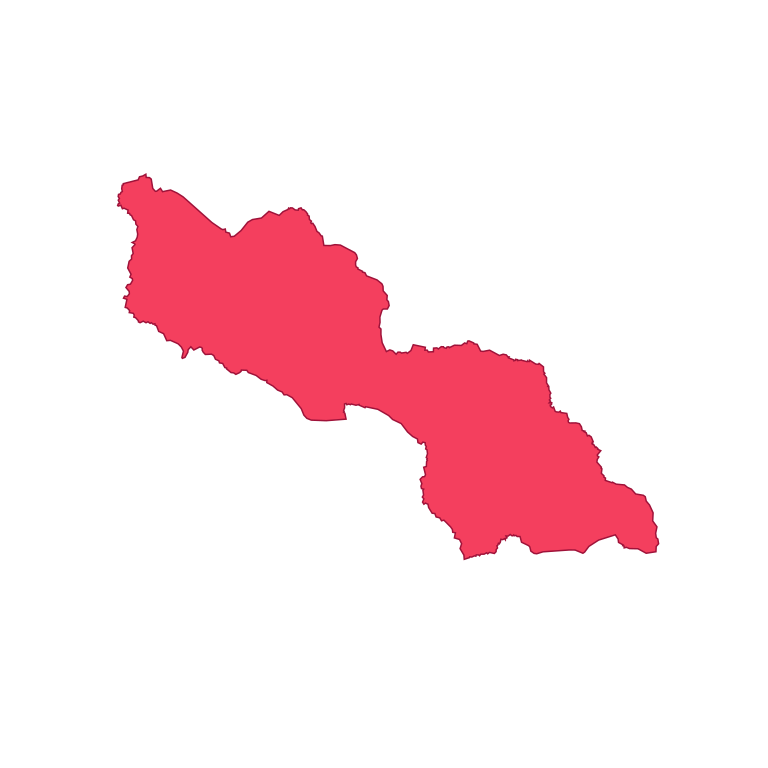 outline of Si Samrong, Sukhothai, Thailand, rotated 197°
{"feature_id": "78962969B21904854514402", "entity_name": "Si Samrong", "entity_type": "district", "adm_level": 2, "iso_a3": "THA", "parent_name": "Thailand", "parent_adm1": "Sukhothai", "projection": "albers", "projection_center": [99.692, 17.177], "detail": "fine", "context": "isolated", "style": "filled", "palette": "rose", "viewbox_px": 768, "rotation_deg": 197, "n_neighbors": 0, "source": "geoboundaries", "source_scale": "gbopen_adm2", "svg_char_len": 6158}
<svg xmlns="http://www.w3.org/2000/svg" viewBox="0 0 768 768"><g transform="rotate(197 384 384)"><path d="M275.5,447.6L278.8,447.3L282.0,445.0L292.9,447.2L298.8,444.1L301.2,443.7L306.5,449.2L309.8,448.7L310.2,449.5L315.3,450.1L316.5,449.5L316.6,446.8L318.9,446.8L321.3,443.5L328.0,441.7L332.1,437.9L332.9,438.5L334.6,437.8L335.0,436.3L337.3,436.3L338.0,437.0L340.2,436.4L342.3,433.4L344.0,434.0L347.1,432.8L346.2,429.3L351.0,427.6L352.5,429.0L354.8,428.3L355.2,431.2L367.5,430.1L368.0,423.9L370.7,420.1L372.1,420.8L376.3,418.7L377.8,419.2L380.0,418.5L381.1,416.0L385.3,418.2L388.4,418.3L391.2,415.7L397.8,422.9L401.4,430.4L403.0,435.7L405.4,436.9L405.8,441.7L407.5,446.8L407.5,454.1L406.6,455.5L402.7,456.7L402.0,460.5L403.9,464.1L405.9,465.4L406.8,469.6L412.0,472.8L413.5,477.1L415.2,479.1L421.1,481.5L432.3,482.3L434.8,484.9L437.2,484.7L437.5,485.5L442.6,486.3L442.8,487.4L444.8,487.9L445.9,489.4L446.9,492.6L446.1,496.2L448.1,499.4L450.3,501.0L466.3,504.1L471.7,502.9L475.7,500.7L482.0,498.9L486.2,507.4L487.4,507.3L490.4,509.6L492.7,510.3L496.0,514.4L499.1,516.9L500.3,516.2L501.2,516.8L501.0,518.5L503.4,519.5L504.7,522.7L506.6,523.2L506.7,524.2L509.1,526.0L511.7,527.2L513.0,526.7L514.8,528.2L517.0,526.7L516.9,525.1L519.9,524.5L523.0,525.6L525.0,525.1L525.5,524.0L526.6,524.4L526.9,522.8L530.9,519.3L533.5,514.6L544.5,515.5L549.7,506.9L557.9,502.8L561.6,498.9L565.5,489.0L570.4,481.5L573.6,480.0L575.9,483.1L579.7,483.0L581.1,485.8L583.3,484.5L585.1,484.7L595.8,488.1L630.8,504.2L637.6,506.1L644.8,507.1L652.0,503.2L655.0,505.8L657.8,501.9L659.0,501.4L662.3,503.4L666.5,511.9L668.6,512.8L671.8,512.0L673.1,515.0L675.5,512.4L678.4,510.7L678.8,507.3L691.9,499.4L691.5,498.4L692.5,497.5L691.9,494.0L690.5,491.6L691.6,490.3L691.7,488.7L693.3,487.7L693.0,485.5L691.3,484.1L691.9,482.1L689.7,479.7L690.8,478.6L690.9,476.8L690.1,476.5L687.9,478.0L685.4,475.1L684.0,476.1L679.6,475.5L679.1,472.4L677.2,472.7L676.2,471.5L674.7,471.3L671.5,467.8L669.3,467.4L668.0,464.3L665.4,462.7L665.5,459.4L663.4,455.4L662.9,452.2L663.5,448.3L666.2,445.7L663.4,445.2L662.9,444.5L664.8,440.7L662.0,435.4L663.0,432.8L661.9,429.7L663.6,426.8L663.0,420.0L658.0,415.0L658.3,411.9L655.5,411.2L654.7,409.5L655.7,405.3L658.2,404.0L659.0,400.8L654.7,398.0L653.9,395.8L655.1,392.6L657.8,392.2L658.2,389.9L654.6,389.8L653.9,381.6L651.7,381.6L648.7,379.8L648.5,377.8L644.5,378.3L643.1,377.1L642.8,374.8L641.0,374.8L637.4,372.7L637.0,371.6L635.2,371.3L632.6,373.7L629.5,373.0L627.9,374.5L625.4,373.6L624.4,374.6L622.3,373.7L620.7,374.6L620.1,373.3L618.6,373.3L614.8,368.4L609.5,367.7L604.4,361.9L601.0,363.3L595.2,362.6L592.5,362.2L588.6,360.1L585.4,356.8L585.0,350.2L584.3,349.6L582.1,351.3L580.9,356.9L581.3,359.6L579.6,363.1L575.8,360.9L571.1,365.5L569.6,365.6L568.2,365.0L567.8,363.2L566.1,361.5L563.5,360.0L557.7,362.1L555.1,361.4L552.4,358.4L548.7,357.9L547.5,356.1L544.3,356.5L541.0,353.2L539.1,353.2L538.9,352.4L533.6,350.2L531.1,350.7L528.5,349.9L525.6,352.5L524.4,354.3L524.5,355.6L519.2,357.0L517.1,355.3L508.8,354.8L502.9,352.6L498.6,352.5L497.1,353.3L496.5,351.1L489.6,349.6L484.0,347.1L479.1,346.6L476.4,344.4L473.8,345.4L467.7,344.1L455.9,336.2L451.5,330.8L447.7,328.6L443.0,328.2L428.6,332.0L410.0,339.3L412.9,344.6L414.5,345.3L414.1,346.1L414.9,347.0L414.7,349.6L415.9,353.4L414.5,354.3L413.5,353.3L411.9,354.5L410.0,354.4L409.5,355.3L404.6,355.5L401.9,357.1L401.7,356.5L395.2,355.8L394.9,356.9L382.5,358.0L370.3,355.2L365.4,352.6L356.0,351.2L347.4,345.0L341.3,342.2L335.9,341.2L334.4,337.9L330.9,337.4L329.8,339.8L327.5,339.9L326.6,337.6L325.3,336.6L325.2,334.1L323.6,333.6L322.0,330.0L322.1,326.0L320.8,325.4L320.9,324.1L320.2,323.7L320.6,322.3L319.4,317.5L321.7,316.0L317.8,309.4L318.1,307.3L320.0,306.5L321.6,303.4L318.7,299.8L318.8,297.1L317.6,295.0L315.3,295.0L315.7,293.7L313.7,289.4L314.3,287.1L312.3,285.8L312.6,282.3L310.7,280.7L309.6,282.2L306.8,281.9L305.2,278.9L300.2,274.5L297.5,275.0L295.3,272.1L291.5,272.3L289.0,270.0L286.9,271.3L278.5,266.8L276.1,264.9L274.9,262.3L272.2,262.6L271.7,257.4L266.3,257.4L263.1,254.0L263.1,248.8L257.6,243.8L256.0,239.8L251.6,242.9L251.6,243.7L249.4,244.2L247.3,246.1L245.8,246.2L245.8,247.6L243.5,248.2L242.4,247.7L241.7,249.5L238.4,250.6L236.5,252.6L235.2,251.9L233.9,253.8L228.9,254.2L227.8,256.4L228.3,258.5L227.5,260.4L228.7,262.2L228.1,262.8L228.0,265.1L227.0,264.8L226.5,266.7L226.8,269.7L224.9,269.9L223.6,271.3L222.4,270.5L222.7,271.7L221.4,272.9L222.9,274.3L220.9,274.8L219.3,277.0L217.6,276.3L216.4,276.5L215.8,277.6L215.0,277.0L213.5,277.8L212.1,277.1L209.3,277.9L206.2,272.9L198.4,271.7L196.9,270.8L194.7,267.1L191.0,265.9L188.3,266.3L182.9,270.0L158.2,279.5L152.7,281.1L144.3,280.3L143.0,281.9L140.6,288.6L133.1,297.5L118.7,307.4L114.8,304.2L113.4,301.1L108.2,300.0L108.4,299.2L107.1,299.2L106.4,297.5L104.4,298.7L101.1,298.4L92.9,300.7L83.8,298.8L74.9,303.1L76.2,308.2L74.7,311.5L76.8,315.8L78.7,316.6L80.6,320.7L81.2,327.2L87.0,331.6L89.0,339.5L94.7,345.9L99.0,348.7L101.2,352.6L103.5,353.4L111.2,352.4L116.7,355.8L120.9,356.3L124.5,357.8L132.7,356.1L136.8,356.9L137.1,356.3L144.2,356.5L144.7,358.8L146.4,359.2L146.8,360.5L150.0,362.1L150.8,366.6L151.8,367.0L151.8,368.0L157.6,371.6L158.0,374.3L157.2,377.1L158.8,377.6L159.3,378.5L157.2,383.6L160.6,384.1L160.6,384.8L162.8,385.8L163.4,385.1L165.3,387.1L167.4,387.5L167.8,388.2L167.1,388.7L167.7,389.5L167.1,390.0L170.4,394.0L173.0,394.9L174.3,393.8L176.4,396.5L178.6,396.9L178.2,397.6L180.9,397.5L182.7,400.8L185.5,403.2L189.1,402.9L195.0,401.0L196.3,401.3L197.2,402.6L196.8,404.3L198.6,405.8L200.6,409.3L206.4,408.4L207.5,409.6L208.5,408.2L211.1,407.7L212.4,408.0L215.1,411.6L216.0,410.4L218.1,411.1L218.9,412.4L217.8,413.3L218.1,415.1L220.5,414.3L219.7,416.2L221.2,417.1L220.4,419.1L221.4,419.7L222.3,422.4L221.8,424.0L224.6,426.7L225.7,429.8L226.6,429.6L226.4,430.4L228.9,432.6L230.4,437.6L234.0,440.2L233.3,441.3L235.0,442.4L236.5,447.0L241.7,449.0L242.1,448.0L244.6,447.4L251.7,449.3L251.6,448.0L253.1,447.6L253.4,448.2L253.8,447.2L259.6,446.9L260.0,447.6L259.9,446.9L263.0,445.5L263.3,446.3L265.3,446.1L265.1,445.1L266.6,444.2L266.9,445.0L272.5,445.4L272.3,446.5L273.5,446.2L275.5,447.6Z" fill="#f43f5e" stroke="#9f1239" stroke-width="1.5"/></g></svg>